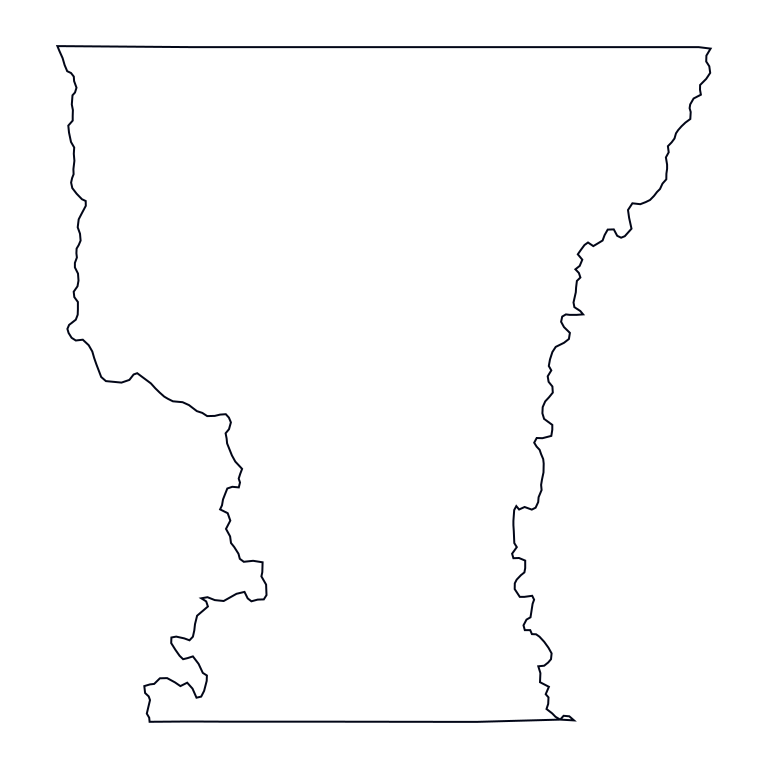 Monte Negro, Rondônia, Brazil (Albers equal-area conic projection)
{"feature_id": "56859067B64772459385796", "entity_name": "Monte Negro", "entity_type": "district", "adm_level": 2, "iso_a3": "BRA", "parent_name": "Brazil", "parent_adm1": "Rondônia", "projection": "albers", "projection_center": [-63.371, -10.246], "detail": "fine", "context": "isolated", "style": "outline", "palette": "ink", "viewbox_px": 768, "rotation_deg": 0, "n_neighbors": 0, "source": "geoboundaries", "source_scale": "gbopen_adm2", "svg_char_len": 4047}
<svg xmlns="http://www.w3.org/2000/svg" viewBox="0 0 768 768"><path d="M57.4,46.1L59.5,51.2L62.6,58.1L64.6,65.0L67.2,71.2L71.0,73.0L73.8,76.6L74.1,81.1L76.5,87.7L75.0,92.5L72.5,95.3L71.8,104.5L72.9,110.1L72.7,115.9L72.7,120.6L68.3,125.6L69.0,132.5L71.0,142.0L74.2,147.5L73.8,153.8L74.4,160.8L73.4,169.2L73.6,174.2L72.1,178.1L71.1,182.6L72.3,188.1L76.6,193.7L81.9,199.2L85.7,201.0L85.8,205.8L81.5,213.9L78.7,219.3L77.7,227.3L80.0,233.7L80.6,240.6L78.7,245.1L76.6,248.6L76.4,253.3L76.9,257.5L74.9,262.9L74.9,267.4L78.0,273.6L78.5,280.6L77.5,286.3L73.7,291.7L74.3,297.1L77.9,302.0L77.9,309.5L77.7,314.7L75.8,319.7L69.1,324.9L67.4,328.9L68.6,333.0L71.6,337.8L75.8,340.5L82.8,339.7L88.7,345.2L92.3,351.5L94.2,358.1L96.4,364.4L101.2,377.0L105.9,381.1L121.5,382.6L129.4,379.9L133.6,374.5L137.2,373.2L150.9,383.4L155.4,388.4L159.6,392.5L164.2,396.6L167.9,398.8L172.9,401.3L182.6,402.2L189.0,405.1L196.8,411.1L202.3,412.9L207.2,416.1L214.8,415.9L220.1,414.6L225.8,414.2L228.9,417.6L230.9,422.4L229.0,429.2L225.6,433.3L226.6,438.4L227.1,443.4L231.9,455.4L235.3,461.6L242.1,468.9L240.2,473.9L238.7,478.6L240.0,482.5L238.8,487.4L232.3,486.8L227.3,488.5L225.0,494.3L223.0,499.5L222.0,505.3L220.1,509.4L227.7,513.2L230.3,520.6L226.0,528.9L230.1,536.4L231.0,543.0L234.2,547.0L238.5,553.8L239.8,558.8L243.8,561.8L253.1,560.8L262.6,562.3L262.3,572.2L261.4,576.4L266.1,584.6L266.5,595.1L263.8,599.4L257.7,599.6L251.4,601.3L247.7,598.4L244.5,591.9L236.5,593.8L223.7,601.0L214.8,600.1L207.5,597.2L201.3,598.3L206.2,601.4L207.9,606.5L197.1,615.7L195.0,624.2L194.3,630.4L192.9,636.7L189.5,640.3L184.3,638.4L176.2,636.6L171.4,637.5L171.2,643.1L175.4,649.8L179.6,655.8L183.1,659.2L187.6,658.1L192.9,656.4L198.6,663.9L202.8,672.9L206.9,675.5L206.7,680.9L204.1,690.9L201.2,696.6L196.5,697.7L192.5,688.6L187.2,682.7L180.4,686.1L175.0,682.4L167.1,678.1L159.9,678.3L154.2,683.9L150.0,684.4L144.3,686.1L145.1,693.0L148.7,696.4L150.0,700.1L148.1,708.1L146.8,713.6L149.2,717.7L149.6,721.8L188.7,721.5L233.3,721.7L251.1,721.7L344.6,721.7L475.9,721.9L560.2,719.6L555.5,716.8L552.2,713.4L546.5,709.0L548.2,703.9L548.5,697.4L545.7,694.2L548.9,686.8L540.0,682.2L540.4,673.1L538.3,666.3L544.2,665.7L548.2,662.5L551.0,659.2L551.6,653.4L548.5,647.8L544.2,641.8L539.5,636.7L536.1,634.3L531.9,634.1L530.2,630.1L524.8,630.1L523.5,625.3L526.5,619.6L530.5,617.3L532.6,603.8L534.1,599.7L532.2,595.8L524.1,596.9L519.8,596.9L514.7,589.1L514.8,583.3L516.7,579.6L521.0,575.1L524.4,572.4L525.2,568.1L525.2,560.6L519.0,558.0L513.4,558.2L512.1,553.7L516.8,547.1L514.3,543.1L513.8,531.3L513.4,525.1L513.4,521.0L514.2,510.0L516.3,506.1L519.1,509.5L524.6,507.0L531.8,509.6L535.6,507.7L538.2,502.1L538.6,497.2L541.6,490.0L541.1,484.9L542.0,479.5L543.5,472.4L543.7,463.6L543.2,459.1L541.1,454.1L539.6,449.8L536.6,446.6L534.2,442.7L536.7,438.0L542.4,438.2L551.3,435.9L552.3,429.7L552.3,424.9L544.1,418.9L542.4,413.3L542.7,407.1L545.2,401.4L549.0,397.3L552.8,392.6L552.4,386.5L548.6,381.8L547.7,376.3L551.3,370.4L548.8,366.0L550.0,359.4L552.4,352.0L555.7,346.9L564.0,342.8L568.9,339.0L569.9,332.9L564.0,327.1L561.1,321.8L562.2,316.6L565.9,314.4L569.9,314.9L576.2,314.9L583.1,314.4L580.3,311.0L574.4,307.2L573.5,302.5L575.8,292.3L576.1,287.4L576.9,280.9L580.4,277.5L578.9,273.0L575.4,269.3L579.7,265.9L582.3,259.7L577.8,254.3L580.8,250.0L584.5,245.0L588.0,242.5L593.3,246.1L598.0,243.3L602.6,240.5L604.6,235.1L607.7,229.6L613.8,229.4L617.2,235.8L621.1,237.7L624.8,236.2L631.5,228.7L629.1,217.8L628.0,210.0L632.4,203.3L640.3,204.2L645.7,202.1L650.0,200.0L654.1,195.8L657.0,192.0L660.0,189.0L662.5,183.6L666.3,179.3L666.4,173.7L667.1,168.8L667.1,164.7L665.9,157.4L668.7,152.3L667.9,146.2L671.6,142.4L674.5,138.5L676.0,133.3L678.3,129.9L681.6,126.2L685.4,122.6L690.3,119.0L690.7,112.0L689.6,108.2L690.2,104.4L693.6,98.5L700.9,94.7L700.0,89.7L700.1,85.0L706.2,78.9L710.2,72.9L709.3,66.3L706.2,61.5L706.4,55.6L710.6,48.6L698.4,47.1L659.4,47.1L384.5,47.1L287.7,47.1L280.1,47.1L188.4,47.1L57.4,46.1ZM560.2,719.6L574.0,720.4L569.3,716.3L563.6,715.8L560.2,719.6Z" fill="none" stroke="#020617" stroke-width="2"/></svg>